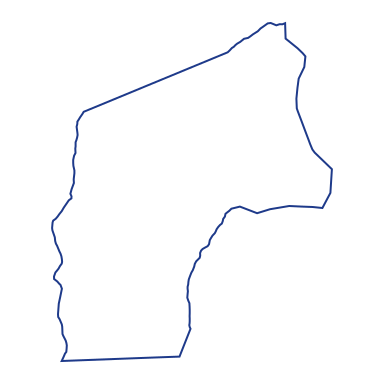 Tamboril do Piauí, Piauí, Brazil
{"feature_id": "56859067B55913234108674", "entity_name": "Tamboril do Piauí", "entity_type": "district", "adm_level": 2, "iso_a3": "BRA", "parent_name": "Brazil", "parent_adm1": "Piauí", "projection": "albers", "projection_center": [-43.099, -8.486], "detail": "fine", "context": "isolated", "style": "outline", "palette": "blue", "viewbox_px": 384, "rotation_deg": 0, "n_neighbors": 0, "source": "geoboundaries", "source_scale": "gbopen_adm2", "svg_char_len": 2213}
<svg xmlns="http://www.w3.org/2000/svg" viewBox="0 0 384 384"><path d="M285.1,23.2L282.4,24.3L279.7,24.2L276.3,25.3L273.2,24.0L270.7,23.0L267.7,23.4L263.1,26.7L260.5,28.5L257.9,31.2L253.0,34.3L250.4,36.3L248.1,37.9L244.0,38.8L240.2,41.9L237.1,43.7L235.4,45.1L233.8,46.8L231.9,48.0L229.7,50.4L227.7,52.3L83.7,111.8L82.4,114.0L80.1,117.3L78.6,119.8L77.4,121.6L77.3,124.0L76.6,126.7L77.4,132.7L77.6,135.0L77.1,137.6L76.4,140.1L75.6,142.2L75.6,146.3L75.3,148.6L75.5,153.0L74.1,155.7L73.2,159.9L73.2,163.0L73.4,165.9L74.4,170.4L74.4,173.3L74.0,176.7L73.7,179.3L73.9,183.0L71.6,189.2L70.4,193.8L71.5,196.3L71.4,198.4L68.8,200.3L63.8,207.6L61.7,211.2L59.5,213.9L57.5,216.7L55.7,218.8L53.2,220.6L52.6,222.4L52.4,224.6L52.1,228.0L52.4,230.3L54.8,237.3L55.2,241.1L55.9,243.6L57.1,245.8L59.4,251.4L60.5,253.6L61.4,256.3L61.9,259.3L62.1,261.9L61.7,263.7L60.0,266.0L58.5,268.7L57.0,270.6L55.4,272.5L54.0,276.5L54.1,279.0L57.3,281.5L59.2,283.7L60.5,284.9L61.9,288.7L60.1,297.5L58.8,303.6L58.0,314.2L58.2,317.0L59.6,319.2L61.8,324.4L62.2,326.6L62.3,328.7L62.5,334.0L63.3,335.9L65.7,340.6L66.4,343.0L66.8,345.4L66.6,348.8L66.3,351.9L65.0,353.6L63.6,356.9L61.7,361.0L138.3,358.1L154.5,357.5L179.5,356.6L190.5,328.8L189.7,327.0L189.3,325.1L189.6,323.2L189.7,321.1L189.7,318.5L189.6,316.2L189.7,313.3L189.7,309.8L189.6,306.8L189.4,303.2L188.3,300.7L187.3,297.7L187.6,294.1L187.9,291.2L187.6,288.8L187.6,286.8L188.2,284.4L188.4,281.9L188.8,279.4L189.8,276.7L190.6,274.6L191.4,272.6L192.8,270.2L194.2,266.6L194.8,263.9L196.2,261.3L198.2,259.3L199.7,257.8L200.2,255.7L200.1,253.0L201.1,250.6L202.6,249.0L205.0,247.6L207.6,246.2L209.0,244.3L209.4,242.3L209.8,240.1L210.9,238.2L212.5,235.6L214.8,233.2L215.8,231.3L216.6,229.3L218.2,227.0L220.0,225.0L221.8,223.6L222.7,221.3L223.2,218.9L224.9,216.6L225.5,213.8L227.1,212.5L229.3,210.8L231.4,208.7L239.9,206.6L257.1,213.2L270.1,209.2L289.2,206.0L302.1,206.6L312.7,207.0L322.4,208.0L330.4,192.9L331.9,169.2L314.7,152.6L312.4,149.5L310.1,144.0L308.7,140.2L305.3,131.2L301.6,121.3L297.8,111.3L296.8,108.4L296.4,98.7L297.5,87.5L297.9,84.7L298.2,82.2L298.7,78.6L303.0,69.7L304.3,67.0L305.4,56.4L302.7,53.2L297.5,48.2L285.6,38.6L285.1,23.2Z" fill="none" stroke="#1e3a8a" stroke-width="2"/></svg>